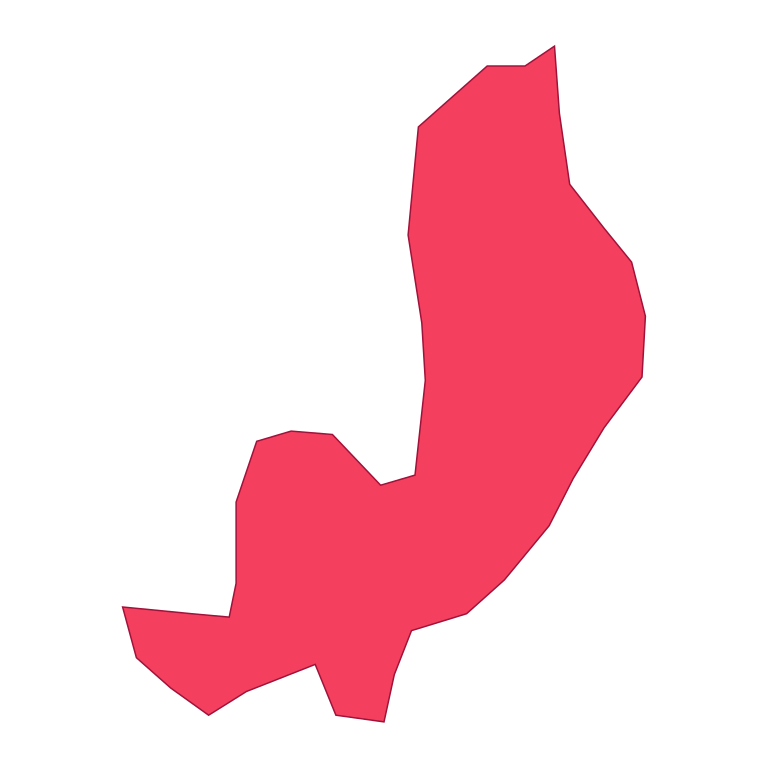 Beïkioï, Cyprus
{"feature_id": "46923920B35066056619311", "entity_name": "Beïkioï", "entity_type": "district", "adm_level": 2, "iso_a3": "CYP", "parent_name": "Cyprus", "parent_adm1": "", "projection": "robinson", "projection_center": [33.505, 35.246], "detail": "fine", "context": "isolated", "style": "filled", "palette": "rose", "viewbox_px": 768, "rotation_deg": 0, "n_neighbors": 0, "source": "geoboundaries", "source_scale": "gbopen_adm2", "svg_char_len": 585}
<svg xmlns="http://www.w3.org/2000/svg" viewBox="0 0 768 768"><path d="M170.8,688.1L208.6,715.2L246.4,691.5L315.2,664.4L335.9,715.2L384.0,721.9L394.3,674.6L411.5,630.6L466.6,613.7L504.4,579.9L549.1,525.8L573.2,478.5L604.1,427.7L642.0,377.0L645.4,316.2L631.6,262.1L604.1,228.3L569.7,184.3L559.4,113.3L554.5,46.1L525.0,66.0L487.2,66.0L418.4,126.9L408.1,235.0L421.8,322.9L425.3,380.4L415.0,475.1L380.6,485.2L332.4,434.5L291.1,431.1L256.7,441.3L236.1,502.1L236.1,583.3L229.2,617.1L191.4,613.7L122.6,607.0L136.4,657.7L170.8,688.1Z" fill="#f43f5e" stroke="#9f1239" stroke-width="1.5"/></svg>